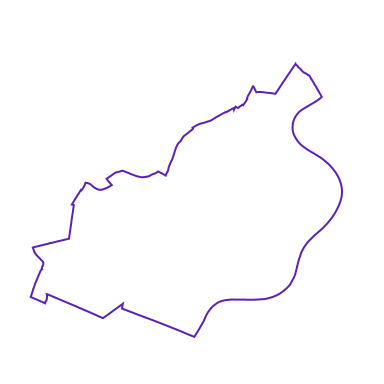 the district of Houten, Utrecht, Netherlands, rotated 279°
{"feature_id": "6326949B44228368891089", "entity_name": "Houten", "entity_type": "district", "adm_level": 2, "iso_a3": "NLD", "parent_name": "Netherlands", "parent_adm1": "Utrecht", "projection": "albers", "projection_center": [5.179, 52.008], "detail": "fine", "context": "isolated", "style": "outline", "palette": "violet", "viewbox_px": 384, "rotation_deg": 279, "n_neighbors": 0, "source": "geoboundaries", "source_scale": "gbopen_adm2", "svg_char_len": 5685}
<svg xmlns="http://www.w3.org/2000/svg" viewBox="0 0 384 384"><g transform="rotate(279 192 192)"><path d="M306.2,305.3L309.2,303.0L310.3,302.0L312.2,300.6L312.3,300.5L312.5,300.3L312.6,300.2L313.0,299.8L314.6,298.7L316.1,297.4L318.0,295.6L318.6,295.3L320.8,293.5L322.5,292.0L322.4,291.9L322.5,291.8L324.3,290.7L324.6,290.4L325.3,289.6L325.5,289.2L325.7,288.8L325.8,288.2L326.8,286.1L327.3,284.6L327.6,283.6L327.9,283.0L328.1,282.7L328.6,282.0L330.7,279.5L332.0,277.4L332.5,277.1L333.4,275.9L334.3,274.4L334.7,274.2L327.9,271.0L315.5,265.2L302.1,259.1L302.0,255.5L301.8,250.7L301.7,249.2L301.8,249.0L301.6,245.7L301.6,245.0L301.3,242.9L301.0,241.4L300.6,240.0L305.1,236.7L305.7,236.3L305.9,236.1L306.0,235.9L306.0,235.7L305.7,235.6L300.4,234.0L298.3,233.2L297.6,233.0L296.4,232.5L295.0,232.0L292.8,231.7L292.5,231.8L292.4,231.9L292.3,232.0L289.8,230.9L285.7,228.9L286.1,228.0L284.6,226.7L284.5,226.4L282.1,224.3L283.1,221.7L280.0,220.7L281.5,220.3L280.6,218.8L278.5,216.2L278.0,215.5L277.9,215.6L276.6,213.8L276.2,213.4L276.4,213.1L276.2,212.7L274.6,210.5L272.0,207.2L270.8,205.6L270.2,204.8L269.0,203.5L268.3,202.6L266.9,201.1L265.9,199.9L265.5,199.3L264.9,198.2L264.0,196.4L262.3,193.1L262.2,192.8L261.9,192.1L261.3,190.7L260.6,189.3L259.6,187.5L259.0,186.7L257.8,185.1L255.6,182.5L254.7,183.2L251.1,180.0L250.3,179.3L248.0,177.2L245.8,175.1L245.5,174.9L244.9,174.5L244.4,174.3L241.4,173.1L240.7,172.8L240.3,172.6L239.8,172.3L239.4,172.0L238.6,171.3L237.8,170.8L236.8,170.3L234.3,169.5L232.1,169.1L231.0,168.9L227.7,168.4L223.0,167.7L220.8,167.3L219.7,166.8L217.7,166.2L215.6,165.8L214.2,165.4L212.8,165.2L212.0,165.1L210.4,165.1L209.6,165.0L206.6,164.0L205.0,163.6L204.1,163.4L204.6,162.3L205.4,160.2L206.3,157.4L207.0,155.4L205.6,153.9L204.9,153.2L204.6,152.7L203.8,151.0L203.1,149.8L202.9,149.6L202.7,149.2L201.6,148.0L201.1,147.3L200.9,147.0L200.5,146.1L199.8,144.5L199.9,144.2L199.7,143.7L199.6,143.4L199.0,141.4L198.8,140.8L198.7,140.3L198.7,139.8L198.7,139.2L198.8,137.6L198.8,137.1L198.9,136.1L199.0,134.7L199.2,133.8L199.3,133.2L199.7,131.3L200.2,128.6L200.3,128.5L200.4,128.1L201.5,123.4L202.1,120.6L202.1,120.1L202.1,119.9L201.7,119.1L201.5,118.7L200.9,117.3L199.6,114.3L199.3,113.8L198.6,112.8L197.8,111.9L196.2,110.3L195.2,109.3L193.5,107.5L191.8,105.6L190.4,106.8L189.1,108.3L187.8,109.8L186.3,111.7L186.1,111.5L184.5,109.6L183.7,108.6L183.0,107.7L182.4,106.7L181.4,105.0L181.1,104.5L180.7,103.9L180.4,103.0L180.1,102.2L179.9,101.6L179.9,101.2L179.7,100.4L179.7,99.7L180.0,98.3L180.1,97.5L180.3,97.1L180.5,96.4L180.7,95.9L181.1,94.9L181.8,93.6L182.3,92.7L183.4,91.1L183.8,90.3L184.0,89.8L184.2,89.1L184.4,88.2L184.5,86.6L184.5,85.4L183.6,85.2L181.9,84.9L180.6,84.5L179.5,84.1L177.1,83.0L176.3,82.6L176.7,82.0L165.8,77.3L163.7,76.5L160.8,75.3L160.7,76.5L160.6,77.3L154.0,77.4L144.3,77.5L142.7,77.6L139.7,77.6L139.3,77.6L135.5,77.7L133.1,77.7L126.7,77.8L125.8,75.8L122.2,66.9L121.6,65.6L119.5,60.6L119.5,60.0L119.5,59.6L119.4,59.4L119.1,59.1L118.7,58.8L118.1,57.3L113.6,46.5L113.3,45.6L112.5,44.0L112.2,43.5L108.6,45.4L107.9,46.0L106.4,47.1L105.5,48.1L100.6,54.7L99.9,55.6L98.9,56.2L98.7,56.3L98.4,56.3L97.5,56.4L97.4,56.4L95.2,56.0L95.1,55.8L94.6,55.8L93.6,55.6L92.9,55.6L92.5,55.9L92.3,55.5L92.1,55.4L91.8,55.6L91.3,55.2L90.2,54.7L89.6,54.5L89.1,54.4L86.6,53.8L76.9,51.4L74.2,51.0L72.3,50.6L68.5,50.0L64.5,49.4L63.1,49.1L63.0,49.6L62.8,50.2L62.2,52.5L61.4,55.7L61.0,57.3L60.6,58.6L59.3,63.7L59.1,64.3L60.8,64.5L61.2,64.5L61.3,64.6L61.5,64.8L61.7,65.1L61.8,65.2L62.1,65.2L62.8,65.2L63.8,65.3L64.5,65.3L64.9,65.3L65.7,65.3L66.6,65.1L67.1,65.0L67.5,64.8L68.4,64.5L68.1,66.4L65.6,76.3L64.4,81.1L63.0,86.9L60.9,95.4L60.5,96.9L59.7,99.7L59.5,100.3L59.6,100.5L59.4,101.3L58.7,103.7L58.6,104.3L58.2,105.6L58.1,106.4L57.2,109.8L56.6,112.1L56.0,114.3L55.8,115.0L55.1,117.6L54.4,120.1L53.5,123.8L57.3,127.7L59.4,129.8L70.8,141.2L68.2,141.1L65.9,141.1L65.9,141.7L65.8,142.1L65.7,142.4L65.4,143.2L65.3,143.9L65.0,145.2L64.8,146.5L64.6,147.2L64.4,147.9L64.3,148.6L63.7,151.8L63.1,154.4L62.8,156.0L62.2,158.6L61.7,161.2L61.3,163.2L60.8,165.7L60.7,165.6L60.4,167.6L60.3,168.2L59.6,171.5L58.4,177.2L56.1,187.7L55.1,192.2L54.6,194.0L54.4,195.1L54.4,195.4L53.3,200.1L52.1,205.4L52.0,205.5L51.9,206.0L51.7,206.5L51.6,206.8L49.3,216.9L49.9,217.2L58.5,220.8L61.0,221.7L65.6,223.5L67.3,224.0L70.9,224.9L73.5,225.7L76.2,226.8L78.9,228.3L81.6,229.9L82.2,230.3L85.6,233.5L87.1,235.2L88.0,236.6L89.3,239.0L89.8,240.4L90.7,243.1L91.2,245.0L91.7,246.8L92.1,248.6L92.6,252.3L93.8,259.6L94.3,263.9L94.5,265.0L95.2,269.6L95.9,272.9L96.9,277.4L97.5,280.1L98.1,281.7L98.7,283.3L99.2,284.3L100.0,286.2L100.6,287.4L102.2,290.2L104.2,293.2L105.9,295.2L107.9,297.2L109.9,299.0L112.0,300.8L114.2,302.3L116.0,303.4L122.5,305.7L124.4,306.3L127.0,306.8L129.8,307.1L132.6,307.3L135.3,307.5L142.6,308.2L143.3,308.4L144.0,308.5L149.2,309.4L151.8,310.2L154.4,311.1L156.8,312.2L159.3,313.5L161.6,314.9L162.9,315.8L163.6,316.3L168.7,320.1L170.5,321.6L174.6,325.1L176.6,326.7L178.9,328.3L181.1,329.9L183.4,331.3L185.8,332.7L188.0,333.9L190.4,335.1L193.1,336.3L196.0,337.4L198.3,338.1L200.9,338.9L203.6,339.6L206.2,340.1L209.0,340.4L211.7,340.5L214.4,340.3L217.1,339.9L219.8,339.2L222.3,338.3L225.7,336.7L227.2,335.8L229.5,334.3L231.6,332.6L233.7,330.9L235.6,328.9L237.5,326.9L239.2,324.8L240.9,322.6L242.9,319.4L245.5,314.9L246.2,313.4L248.6,307.7L251.5,300.3L252.6,298.0L253.9,295.5L255.1,293.2L256.6,291.0L258.4,288.8L260.4,286.9L262.5,285.2L264.7,283.6L267.1,282.4L269.7,281.5L272.3,281.1L275.2,280.9L277.8,281.1L280.6,281.7L283.1,282.6L285.5,283.8L287.9,285.3L289.8,287.1L291.8,289.3L295.3,293.5L296.8,295.3L300.4,299.7L302.3,301.7L304.2,303.6L306.2,305.3Z" fill="none" stroke="#5b21b6" stroke-width="2"/></g></svg>